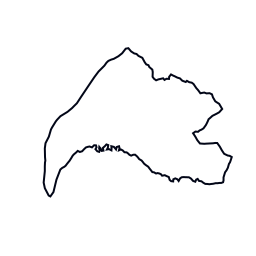 the district of Mundo Novo, Mato Grosso do Sul, Brazil, rotated 165°
{"feature_id": "56859067B58386518571504", "entity_name": "Mundo Novo", "entity_type": "district", "adm_level": 2, "iso_a3": "BRA", "parent_name": "Brazil", "parent_adm1": "Mato Grosso do Sul", "projection": "mercator", "projection_center": [-54.282, -23.941], "detail": "fine", "context": "isolated", "style": "outline", "palette": "ink", "viewbox_px": 256, "rotation_deg": 165, "n_neighbors": 0, "source": "geoboundaries", "source_scale": "gbopen_adm2", "svg_char_len": 2734}
<svg xmlns="http://www.w3.org/2000/svg" viewBox="0 0 256 256"><g transform="rotate(165 128 128)"><path d="M220.7,82.0L216.6,85.4L210.5,96.6L204.1,105.4L201.8,106.5L199.6,107.0L198.0,107.7L196.5,108.9L194.6,110.3L192.9,111.5L190.3,113.9L188.7,115.5L187.2,116.5L184.4,117.8L182.5,118.9L180.7,117.3L178.3,117.4L176.1,118.8L173.7,120.1L172.1,120.2L170.0,120.1L167.8,118.6L165.2,120.1L163.4,119.5L163.4,117.5L164.9,116.0L163.7,113.5L162.0,112.4L160.9,113.8L161.2,115.5L160.6,117.1L159.7,115.1L159.3,112.7L157.6,112.5L157.4,115.3L155.1,116.4L153.1,117.7L151.5,116.6L152.6,114.1L153.9,112.7L151.8,112.5L149.8,110.7L149.2,112.4L148.8,114.7L146.5,113.4L145.1,110.4L143.8,112.6L141.4,112.7L141.4,110.7L142.5,108.8L140.4,109.1L138.9,107.7L137.7,105.5L135.6,104.8L134.5,103.4L133.6,101.8L132.1,100.5L129.9,100.8L128.1,100.4L126.9,98.7L126.1,97.2L125.2,95.0L123.3,93.1L122.5,91.4L121.7,89.4L120.4,87.6L118.5,85.4L117.7,83.3L116.6,80.8L115.9,79.1L114.4,78.5L112.7,76.8L111.1,76.8L109.6,76.0L108.2,74.9L107.4,73.1L104.7,72.9L103.1,71.5L101.3,70.1L101.2,67.1L100.1,65.5L98.2,64.7L97.5,66.7L95.4,67.1L93.6,65.7L92.8,63.7L90.8,65.8L89.0,66.5L87.4,66.3L85.5,65.7L81.9,64.6L80.2,62.8L78.9,60.1L76.9,58.7L75.5,60.5L73.9,60.8L73.1,58.5L70.8,57.5L69.4,55.6L67.8,54.0L66.1,53.5L63.9,52.6L62.1,52.4L60.3,52.1L57.5,52.0L55.9,51.5L54.1,51.3L52.0,50.8L50.2,51.0L49.3,52.6L48.5,55.6L47.0,58.0L45.7,60.1L43.7,61.7L41.8,63.8L40.8,65.5L39.7,67.3L38.4,68.4L36.9,70.6L35.3,73.1L37.0,74.8L38.8,75.6L41.8,78.2L43.1,82.1L43.7,84.5L44.2,86.4L45.7,90.4L47.7,91.0L49.7,91.2L56.3,92.6L58.4,93.0L62.5,94.4L64.2,98.3L65.2,102.2L66.5,106.1L63.8,107.1L61.3,106.2L59.5,107.1L57.4,107.4L55.2,108.1L52.1,110.6L50.7,112.1L49.1,114.0L47.9,115.6L46.0,116.5L43.3,117.9L40.4,118.5L38.1,119.0L35.8,119.6L32.1,122.0L33.7,127.8L35.4,129.6L36.8,131.2L38.0,135.6L38.2,138.8L40.2,140.5L43.2,141.1L45.2,142.5L47.4,142.7L49.1,142.8L50.0,145.2L50.7,146.9L51.6,148.6L52.7,151.7L53.3,153.5L54.7,155.3L57.0,156.4L58.9,158.3L60.3,157.5L63.3,159.6L65.0,162.5L67.3,163.9L69.4,165.8L70.9,167.0L72.6,168.6L75.0,166.8L75.7,164.8L78.1,165.6L80.3,165.0L81.2,166.9L86.0,167.1L88.5,166.8L90.1,168.8L91.0,171.1L89.6,175.7L89.4,178.1L91.6,181.3L92.0,183.4L93.9,184.7L94.8,187.1L96.0,192.1L99.2,194.9L100.6,197.3L102.7,198.4L105.2,201.2L107.0,205.0L109.7,205.2L114.3,201.7L118.7,199.8L123.8,198.5L126.6,198.4L129.6,197.9L131.8,196.7L134.7,194.3L141.8,190.2L147.4,185.8L154.9,179.3L165.3,170.2L168.2,167.6L171.0,165.1L174.2,163.3L176.9,161.7L182.4,159.2L190.2,156.9L194.4,154.3L196.0,153.1L201.2,148.2L202.8,146.5L206.7,140.1L211.6,134.7L213.6,129.9L215.7,121.3L216.3,117.8L217.1,116.2L218.3,112.4L219.5,107.9L223.6,97.1L223.9,91.4L222.1,83.3L220.7,82.0Z" fill="none" stroke="#020617" stroke-width="2"/></g></svg>